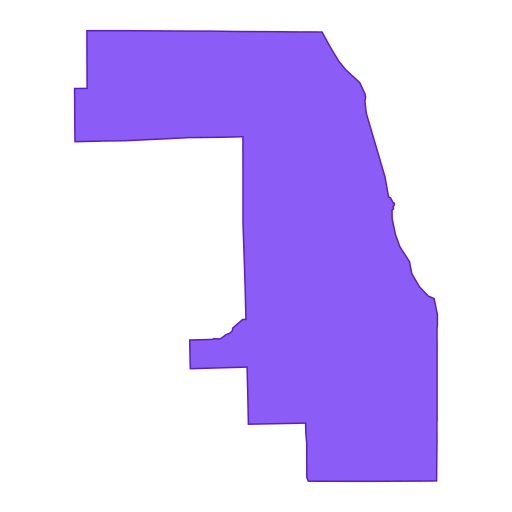 the district of Cook, Illinois, United States of America
{"feature_id": "52423323B18311449553443", "entity_name": "Cook", "entity_type": "district", "adm_level": 2, "iso_a3": "USA", "parent_name": "United States of America", "parent_adm1": "Illinois", "projection": "mercator", "projection_center": [-87.813, 41.812], "detail": "fine", "context": "isolated", "style": "filled", "palette": "violet", "viewbox_px": 512, "rotation_deg": 0, "n_neighbors": 0, "source": "geoboundaries", "source_scale": "gbopen_adm2", "svg_char_len": 1703}
<svg xmlns="http://www.w3.org/2000/svg" viewBox="0 0 512 512"><path d="M75.0,141.7L79.7,141.6L100.5,141.1L102.2,141.0L113.5,140.9L118.5,140.8L125.4,140.7L125.5,140.7L140.5,140.0L169.6,138.6L188.6,137.6L192.4,137.6L218.3,137.3L233.4,137.0L242.9,136.7L243.0,171.2L243.0,178.0L243.0,194.1L243.0,223.6L244.0,252.2L244.5,266.9L244.6,270.3L244.8,276.6L244.8,277.2L245.0,283.2L245.9,317.0L246.0,319.4L242.6,319.5L232.7,328.1L232.2,331.0L229.8,333.2L225.8,334.8L220.3,339.0L213.6,338.7L212.7,339.4L201.5,339.7L189.7,340.0L189.9,350.0L190.3,368.7L247.1,367.1L247.8,395.7L248.4,424.2L296.0,423.3L305.6,423.1L305.8,432.8L306.7,443.1L306.8,462.1L306.8,477.4L308.3,481.2L351.8,481.3L373.6,481.3L374.0,481.3L411.3,481.1L420.8,481.1L436.6,480.9L436.7,468.0L436.9,446.6L437.0,442.0L436.9,422.7L437.1,420.0L437.1,407.0L437.1,398.8L437.1,381.1L437.1,374.6L437.1,373.0L437.1,346.4L437.0,335.8L437.0,328.5L437.4,324.8L437.4,314.5L434.1,298.6L428.2,296.0L419.5,286.9L411.8,273.7L409.7,262.7L409.5,261.7L406.5,257.0L404.9,254.5L404.1,253.4L399.9,246.8L395.5,234.7L392.2,219.1L392.0,210.2L393.5,208.9L393.2,206.3L393.9,205.7L394.4,204.8L394.4,203.8L394.1,203.1L393.3,203.0L393.2,203.0L391.6,199.9L390.4,197.7L388.9,197.3L388.4,195.9L388.0,193.9L385.0,176.9L382.7,169.1L380.5,161.8L379.8,159.1L376.4,147.7L367.5,117.4L366.3,113.4L364.9,101.0L365.6,97.7L365.1,94.2L359.8,82.7L345.7,69.7L339.0,61.5L330.7,47.9L326.8,40.8L322.0,32.0L291.7,31.9L278.4,31.7L259.2,31.6L236.1,31.5L235.1,31.5L230.3,31.4L211.3,31.1L201.7,31.1L192.3,31.1L144.3,30.8L138.3,30.8L130.0,30.7L106.0,30.7L86.9,30.7L87.0,71.7L87.1,88.4L84.5,88.4L74.6,88.5L74.8,122.5L74.8,123.5L74.8,124.8L75.0,141.7Z" fill="#8b5cf6" stroke="#5b21b6" stroke-width="1.5"/></svg>